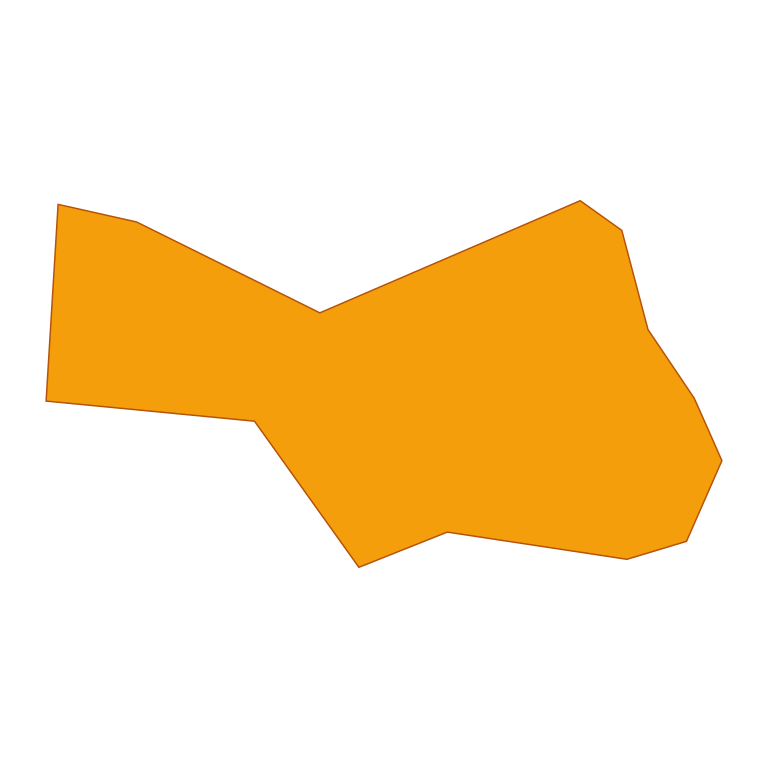 outline of Al Manāmah
{"feature_id": "BHR-4929", "entity_name": "Al Manāmah", "entity_type": "Governorate", "adm_level": 1, "iso_a3": "BHR", "parent_name": "Bahrain", "parent_adm1": "", "projection": "natural_earth1", "projection_center": [50.561, 26.218], "detail": "fine", "context": "isolated", "style": "filled", "palette": "amber", "viewbox_px": 768, "rotation_deg": 0, "n_neighbors": 0, "source": "natural_earth", "source_scale": "10m", "svg_char_len": 345}
<svg xmlns="http://www.w3.org/2000/svg" viewBox="0 0 768 768"><path d="M58.1,204.4L136.6,222.0L237.7,272.1L319.9,312.9L320.4,312.6L580.2,200.7L621.8,230.4L648.0,329.6L694.2,398.2L708.1,429.4L721.9,460.7L686.5,541.3L626.9,559.3L447.2,532.1L358.9,567.3L254.5,421.2L46.1,401.1L58.1,204.4Z" fill="#f59e0b" stroke="#b45309" stroke-width="1.5"/></svg>